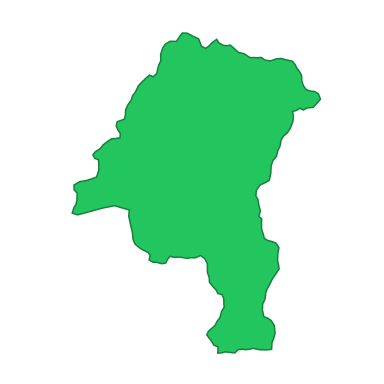 São Roque, São Paulo, Brazil, rotated 186°
{"feature_id": "56859067B40084204815898", "entity_name": "São Roque", "entity_type": "district", "adm_level": 2, "iso_a3": "BRA", "parent_name": "Brazil", "parent_adm1": "São Paulo", "projection": "natural_earth1", "projection_center": [-47.115, -23.533], "detail": "fine", "context": "isolated", "style": "filled", "palette": "green", "viewbox_px": 384, "rotation_deg": 186, "n_neighbors": 0, "source": "geoboundaries", "source_scale": "gbopen_adm2", "svg_char_len": 2621}
<svg xmlns="http://www.w3.org/2000/svg" viewBox="0 0 384 384"><g transform="rotate(186 192 192)"><path d="M149.6,34.5L145.3,35.2L142.2,36.5L137.8,36.4L132.6,36.4L129.7,40.0L126.3,40.8L122.0,40.8L118.5,41.6L114.6,42.9L110.1,42.3L106.5,42.3L101.7,42.7L96.4,43.8L96.7,50.5L95.6,54.2L94.6,60.1L96.2,67.9L99.8,72.4L103.6,74.5L107.5,75.5L109.6,81.9L110.0,88.2L108.2,92.8L108.1,99.3L107.2,103.2L105.3,107.7L102.9,114.1L100.0,119.4L97.3,124.6L98.3,128.4L99.8,133.0L100.2,140.1L99.7,145.7L103.3,150.1L107.7,151.2L111.3,151.6L115.2,153.5L116.8,157.6L118.9,162.5L119.6,168.0L119.9,172.5L122.9,174.8L122.0,180.3L124.3,186.4L125.6,191.4L128.1,194.9L128.1,200.5L125.1,206.0L120.1,209.0L116.3,211.7L115.6,219.0L116.0,226.4L114.8,231.8L111.7,236.3L111.0,241.9L109.2,247.1L108.8,253.1L106.9,257.0L103.3,260.9L100.9,265.8L99.0,272.6L99.1,278.7L100.5,282.6L96.9,283.9L93.5,286.5L89.9,285.2L86.0,287.7L80.3,288.8L76.9,293.5L73.9,297.8L76.7,303.0L80.8,304.8L84.1,304.7L88.9,305.6L92.3,309.3L94.5,314.2L95.2,319.5L98.1,323.6L100.7,326.1L102.6,329.3L105.8,332.5L111.7,333.3L117.2,334.1L121.9,333.3L127.6,330.6L133.1,330.8L137.4,333.1L141.0,332.3L144.6,332.2L148.2,331.7L151.1,333.1L154.8,335.1L160.1,335.5L164.7,338.9L169.2,342.1L172.9,341.0L176.7,341.3L180.8,343.2L183.4,346.4L187.7,342.5L190.8,338.5L193.5,336.3L197.8,338.0L201.4,345.0L206.8,346.8L213.4,349.5L218.3,349.1L220.6,345.3L223.2,340.2L229.5,339.6L234.0,336.3L236.2,332.1L237.6,325.3L236.7,319.3L238.2,315.4L239.0,310.9L239.4,306.2L242.8,302.5L246.5,303.9L249.7,300.4L253.5,295.9L256.4,292.1L258.7,285.5L261.2,281.6L262.0,277.1L264.9,272.0L266.6,266.8L266.3,261.4L266.9,257.4L270.0,255.8L273.7,254.1L274.3,249.8L272.1,245.8L269.5,242.8L269.2,238.5L273.1,237.3L277.6,236.5L281.8,233.0L285.3,229.6L287.8,225.6L292.3,222.0L294.5,218.6L292.1,215.2L288.4,214.3L287.5,209.2L287.0,203.9L288.5,196.9L294.0,194.2L299.2,192.0L304.5,190.7L310.1,186.6L309.5,181.9L306.1,178.8L305.6,171.9L306.0,167.8L307.9,163.9L308.9,158.4L303.3,157.3L279.4,166.6L267.5,170.3L252.5,167.5L252.4,161.4L250.5,155.5L249.0,151.0L246.9,145.0L245.7,138.7L243.1,134.1L238.3,130.9L233.8,128.9L229.4,127.2L227.0,124.7L227.5,119.8L223.3,118.0L220.1,118.4L214.5,117.5L210.7,118.6L209.3,122.5L207.0,125.8L202.6,125.1L198.8,125.8L195.1,125.9L190.5,125.5L185.4,126.6L182.0,126.8L176.9,129.7L172.1,126.8L169.2,122.1L168.3,113.7L165.9,108.5L165.2,104.0L161.1,100.0L157.8,97.1L155.6,93.6L151.7,93.3L149.4,89.6L148.7,84.9L148.0,80.7L150.1,76.3L151.0,70.2L153.5,66.1L155.2,61.6L158.7,57.9L161.1,55.2L162.4,51.5L159.2,48.0L156.2,44.7L154.2,41.9L149.8,40.7L149.6,34.5Z" fill="#22c55e" stroke="#15803d" stroke-width="1.5"/></g></svg>